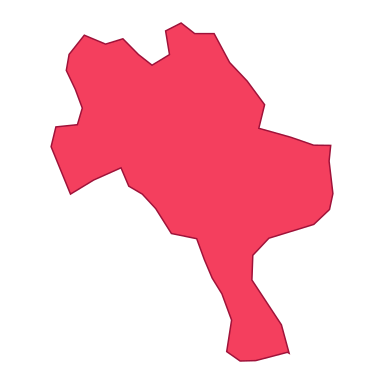 an SVG outline of Gnjilane
{"feature_id": "KOS-5904", "entity_name": "Gnjilane", "entity_type": "District", "adm_level": 1, "iso_a3": "XKX", "parent_name": "Kosovo", "parent_adm1": "", "projection": "mercator", "projection_center": [21.441, 42.404], "detail": "fine", "context": "isolated", "style": "filled", "palette": "rose", "viewbox_px": 384, "rotation_deg": 0, "n_neighbors": 0, "source": "natural_earth", "source_scale": "10m", "svg_char_len": 707}
<svg xmlns="http://www.w3.org/2000/svg" viewBox="0 0 384 384"><path d="M240.1,361.0L226.7,351.6L231.6,320.1L221.9,293.8L212.2,278.1L204.4,259.7L196.7,238.7L171.4,233.5L155.7,208.6L142.3,194.1L128.8,186.2L121.0,167.8L93.7,180.0L70.5,194.1L51.1,146.7L55.9,126.9L77.4,124.7L82.3,108.1L75.3,89.3L66.3,70.4L69.1,54.4L84.3,35.2L105.5,44.1L122.9,38.8L138.5,54.6L152.0,65.2L169.5,54.6L165.6,30.9L181.1,23.0L194.7,33.6L214.1,33.6L229.6,62.5L247.1,81.0L264.6,104.7L258.8,128.3L290.9,137.3L313.7,145.2L330.7,145.4L329.1,161.1L332.9,193.6L329.5,209.5L313.8,224.4L268.9,238.2L252.8,255.3L251.9,280.0L281.4,324.8L289.1,353.2L287.4,352.3L255.7,360.6L240.1,361.0Z" fill="#f43f5e" stroke="#9f1239" stroke-width="1.5"/></svg>